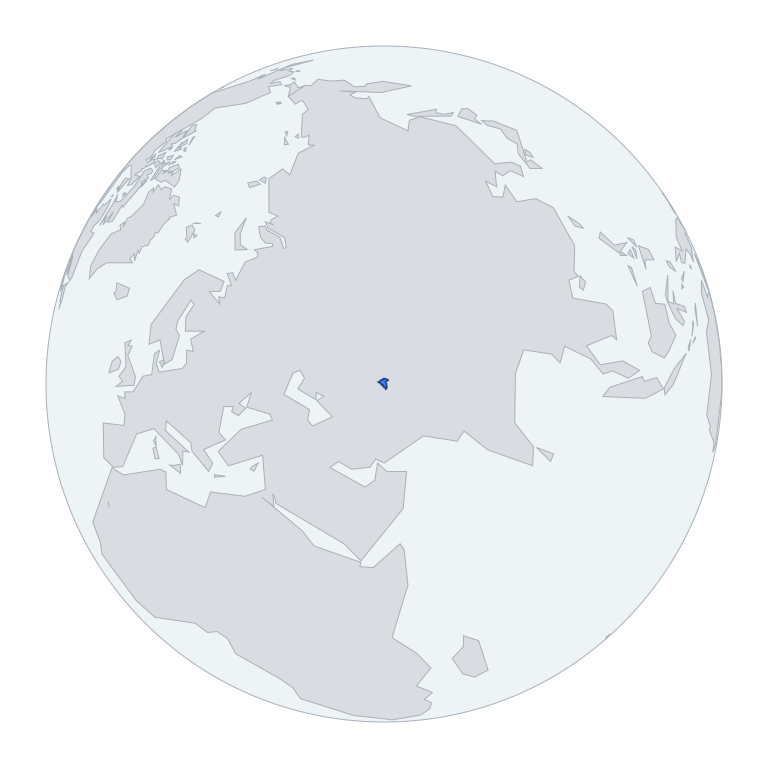 globe centered on Balkh, rotated 320°
{"feature_id": "AFG-1744", "entity_name": "Balkh", "entity_type": "Province", "adm_level": 1, "iso_a3": "AFG", "parent_name": "Afghanistan", "parent_adm1": "", "projection": "orthographic", "projection_center": [66.961, 36.526], "detail": "fine", "context": "on_globe", "style": "filled", "palette": "blue", "viewbox_px": 768, "rotation_deg": 320, "n_neighbors": 0, "source": "natural_earth", "source_scale": "10m", "svg_char_len": 12758}
<svg xmlns="http://www.w3.org/2000/svg" viewBox="0 0 768 768"><g transform="rotate(320 384 384)"><circle cx="384" cy="384" r="338" fill="#eef3f6" stroke="#a8b0b8"/><path d="M439.5,50.7L448.1,54.3L476.1,65.7L492.3,70.4L483.0,69.3L518.6,79.9L538.5,90.7L511.4,78.1L505.2,76.7L516.5,83.3L512.5,83.5L515.6,87.1L509.9,87.0L494.5,80.6L490.5,80.7L498.7,85.5L498.1,89.1L486.7,81.9L484.5,87.7L458.4,80.1L432.4,64.2L413.4,63.2L374.6,56.2L373.6,58.1L358.2,57.9L351.3,60.4L346.1,59.2L345.1,62.4L351.2,63.0L352.8,64.8L349.3,66.6L342.0,65.1L342.7,64.0L338.7,64.6L336.6,63.2L335.7,64.9L327.2,63.4L330.3,67.7L319.2,68.9L315.0,67.2L322.4,63.7L331.0,54.1L329.1,52.9L319.0,53.8L285.2,62.4L280.2,63.2L268.3,66.8L267.8,67.6L277.0,65.2L273.2,68.3L284.8,65.9L285.0,67.2L294.1,66.9L285.2,71.2L271.6,75.7L263.5,76.4L257.3,78.8L258.8,82.0L237.9,88.2L214.0,101.4L209.4,103.0L211.4,97.8L226.8,86.9L229.5,83.6L220.1,90.4L208.8,95.8L203.7,99.0L199.9,101.9L201.1,101.9L195.7,105.2L202.9,98.8L208.0,95.7L205.6,97.5L212.8,92.8L215.2,91.3L238.0,79.2L261.7,69.0L286.2,60.6L311.2,54.0L336.6,49.4L362.3,46.8L388.1,46.1L413.9,47.4L439.5,50.7ZM452.8,53.4L447.5,52.3L448.5,52.3L451.2,52.9L452.8,53.4ZM504.7,74.2L498.2,71.1L505.9,74.2L504.7,74.2ZM517.1,87.7L520.2,88.7L520.5,90.2L517.1,87.7ZM298.4,64.8L296.3,65.8L295.7,65.3L298.4,64.8ZM304.4,63.9L305.2,62.5L308.1,61.9L307.6,62.8L304.4,63.9ZM512.0,91.6L511.5,94.2L509.4,90.4L512.0,91.6ZM302.7,65.8L313.3,61.1L318.4,60.2L320.6,62.9L302.7,65.8ZM509.5,95.0L508.7,102.1L515.5,104.6L495.6,102.3L503.0,96.5L499.2,91.2L505.0,94.6L509.5,95.0ZM354.6,62.6L348.0,61.9L356.8,60.9L354.6,62.6ZM359.9,61.6L384.6,57.7L392.7,60.2L382.8,60.7L395.8,63.2L387.6,66.2L378.6,65.5L375.0,63.2L374.6,66.3L359.9,61.6ZM484.8,100.3L482.3,101.4L482.0,99.1L484.8,100.3ZM354.1,65.5L358.4,64.2L365.7,66.2L358.5,69.1L358.4,67.5L354.1,65.5ZM403.3,62.6L407.5,64.9L402.0,67.9L402.8,69.3L388.1,66.5L403.3,62.6ZM355.0,68.0L354.6,70.7L348.0,71.5L350.4,66.9L355.0,68.0ZM370.7,65.6L373.8,66.8L369.7,67.0L370.7,65.6ZM324.2,77.0L329.2,74.9L333.4,75.6L324.2,77.0ZM354.9,71.7L357.2,71.4L359.5,71.6L357.9,73.6L354.9,71.7ZM385.3,69.1L382.1,70.0L391.0,70.3L387.3,73.0L378.1,70.8L380.5,72.9L379.3,73.8L373.2,71.1L385.3,69.1ZM362.9,76.3L350.0,75.3L339.9,78.7L335.9,78.0L352.9,72.7L362.9,76.3ZM369.5,73.4L364.5,75.0L362.0,73.0L363.8,70.8L369.5,73.4ZM388.0,75.8L396.1,72.2L397.8,72.8L388.0,75.8ZM360.5,77.6L363.7,77.9L360.1,78.1L360.5,77.6ZM380.1,76.6L382.7,75.1L384.6,75.9L380.1,76.6ZM367.8,80.0L363.6,79.5L364.7,77.8L367.8,80.0ZM373.8,78.7L375.8,80.2L367.6,77.5L374.7,77.9L373.8,78.7ZM381.4,77.6L383.4,77.6L380.1,78.1L381.4,77.6ZM365.9,87.0L355.4,84.0L357.9,80.2L367.8,83.5L365.9,87.0ZM55.0,390.8L58.6,333.3L65.1,322.5L72.2,302.5L121.9,273.3L125.9,286.2L157.6,305.3L160.3,311.2L149.5,325.0L167.5,363.7L181.8,355.3L205.2,380.6L225.4,388.6L245.2,360.5L212.2,346.7L213.6,329.0L245.6,326.9L275.5,339.9L277.0,333.6L264.0,313.5L276.9,305.2L260.2,305.7L262.5,313.7L252.1,314.6L249.4,307.4L254.1,304.5L246.8,298.3L226.4,314.9L226.6,324.9L203.8,318.3L201.8,334.7L193.5,338.3L193.7,312.1L198.3,304.9L193.6,272.4L186.7,279.2L190.7,310.7L186.7,306.1L177.4,316.9L181.4,305.0L179.0,270.2L162.4,263.3L130.8,279.3L123.3,274.0L121.9,260.4L143.9,233.4L158.2,248.7L166.2,240.6L172.4,222.1L176.2,228.7L180.4,223.4L186.7,228.8L204.4,223.1L212.1,227.5L227.7,213.2L233.8,213.9L222.8,221.9L219.3,230.3L239.5,242.5L246.0,241.2L254.5,231.3L258.9,236.5L264.6,225.4L280.4,228.1L265.8,215.9L275.4,205.3L289.6,201.0L290.2,195.7L267.0,202.9L260.1,207.9L258.4,215.5L237.4,229.1L228.6,227.7L240.7,206.3L229.5,202.6L243.8,188.7L297.7,175.8L315.7,177.5L327.4,202.6L318.3,207.8L309.5,201.0L309.7,217.1L313.4,211.0L317.2,215.7L327.3,207.9L330.4,210.9L334.8,198.6L339.7,201.5L336.9,209.2L356.1,201.3L368.7,205.6L371.6,202.5L371.0,197.9L387.4,207.1L388.8,204.4L383.9,200.3L383.5,192.6L389.1,182.9L394.5,186.5L393.2,190.5L398.5,205.0L394.2,215.9L397.0,216.5L402.0,208.0L395.5,190.2L397.4,183.4L401.8,191.1L400.3,187.7L403.0,185.6L410.6,187.1L406.3,178.5L427.7,152.7L444.6,154.1L446.2,163.2L466.8,152.0L484.2,156.3L479.7,152.2L486.6,145.3L481.2,143.7L479.5,141.4L494.7,125.1L502.4,124.9L503.8,115.0L501.5,113.2L495.9,112.7L495.6,102.3L515.5,104.6L519.8,108.6L529.3,108.1L537.7,117.5L549.0,125.8L552.5,137.6L561.2,143.8L563.9,143.0L577.7,151.5L596.6,173.3L569.2,158.9L538.4,130.9L549.9,142.1L543.7,140.9L545.6,145.9L554.0,154.3L557.2,154.3L552.1,177.5L565.1,205.5L573.0,198.3L583.3,202.4L605.1,232.3L610.3,286.3L624.1,295.8L628.5,304.9L624.3,314.8L617.8,301.7L608.9,300.9L605.8,292.4L597.0,305.3L592.3,293.9L587.7,310.3L595.3,317.3L604.8,309.5L602.9,329.7L619.4,339.6L627.1,357.9L618.9,400.7L601.9,420.0L602.0,426.4L592.3,423.3L583.8,439.5L605.5,465.5L606.5,474.9L590.6,499.7L589.5,493.1L563.7,484.9L562.0,508.3L581.7,519.8L588.6,537.9L574.8,536.6L567.5,520.8L558.3,517.3L558.5,497.7L546.6,471.2L532.6,480.9L531.5,468.8L513.0,447.7L491.6,460.3L459.1,497.8L458.2,528.0L445.4,542.2L421.2,501.3L415.1,471.5L403.3,474.8L380.9,449.1L333.4,444.7L329.4,436.1L319.8,438.8L304.5,428.5L299.3,414.1L288.8,413.1L303.2,450.8L314.9,451.9L328.3,440.4L329.9,453.0L345.1,465.5L318.6,491.7L252.6,504.6L250.8,481.1L224.5,406.2L227.9,399.5L228.0,398.7L228.0,397.1L220.8,407.3L217.8,392.5L226.9,443.6L226.4,463.3L251.6,505.7L248.1,508.3L257.6,517.7L293.7,516.7L292.9,523.9L273.1,553.4L227.1,583.5L236.0,611.6L237.3,631.7L214.7,636.1L222.8,651.5L212.1,651.4L215.5,658.7L210.3,662.1L199.4,661.2L174.3,646.5L167.8,639.4L147.7,618.5L117.8,571.5L118.9,558.1L114.6,542.1L97.0,495.3L100.5,478.3L97.0,466.3L89.1,460.9L85.7,446.2L81.4,441.2L58.6,415.5L55.0,390.8ZM97.3,296.7L94.1,302.1L97.3,296.7ZM302.3,370.2L323.3,375.9L322.0,353.8L330.0,354.5L326.6,347.1L321.8,352.3L314.8,332.4L326.8,328.5L328.4,319.4L321.4,317.1L300.6,327.6L310.5,355.6L302.2,362.7L302.3,370.2ZM208.4,96.2L207.6,96.8L203.0,100.0L203.6,99.2L208.4,96.2ZM191.6,112.5L183.2,117.4L189.7,112.9L188.9,112.2L201.6,102.5L207.8,103.4L202.7,104.4L191.6,112.5ZM220.3,91.0L211.5,96.3L220.8,90.5L220.3,91.0ZM197.8,191.9L197.0,197.6L190.2,202.0L180.5,198.6L190.2,192.0L197.8,191.9ZM197.4,205.0L212.1,185.9L218.8,188.0L212.5,189.9L215.4,193.2L206.2,197.3L198.2,218.8L191.7,224.2L177.3,213.7L185.5,213.8L185.8,207.8L197.4,205.0ZM238.0,141.0L244.5,134.8L250.5,147.0L243.8,151.5L233.6,147.9L235.7,140.4L238.0,141.0ZM304.5,72.3L306.6,70.6L308.6,70.8L308.5,72.4L304.5,72.3ZM326.2,75.9L297.5,80.6L298.4,78.7L280.5,84.8L276.0,82.3L287.8,78.2L270.9,81.4L279.7,76.7L268.0,79.7L294.6,70.9L301.9,67.6L295.5,72.1L299.4,74.4L303.3,74.3L319.8,72.0L337.3,66.7L344.0,68.8L344.1,71.8L340.9,73.3L337.5,71.3L335.7,74.9L328.4,73.3L326.2,75.9ZM341.2,115.6L338.7,110.8L333.7,121.3L326.4,118.2L326.3,119.7L318.2,120.0L308.1,123.0L305.9,120.9L302.9,123.1L297.5,123.6L292.7,126.1L286.9,123.4L280.6,126.3L281.5,123.4L272.1,129.3L276.5,123.8L269.9,124.5L269.2,129.4L249.6,112.9L238.1,111.5L226.0,113.8L235.1,105.1L252.2,98.0L271.6,93.6L281.4,96.7L283.8,92.7L289.2,93.2L285.1,96.1L294.6,92.0L297.9,93.3L315.2,91.8L326.9,85.9L333.5,85.6L330.6,88.6L339.2,86.3L338.3,92.0L343.0,92.1L346.7,98.2L338.4,104.6L344.3,104.3L347.4,109.5L341.2,115.6ZM366.6,88.8L358.3,96.2L350.2,98.5L347.1,87.1L342.9,86.2L340.6,79.8L352.4,76.9L352.0,78.9L354.3,80.2L349.7,80.6L355.1,81.3L354.7,84.3L358.8,85.8L355.0,87.7L366.6,88.8ZM167.9,308.5L170.8,311.5L176.4,314.4L170.7,321.7L167.9,308.5ZM165.7,284.7L169.0,285.8L163.6,296.7L160.6,293.9L165.7,284.7ZM175.4,277.6L169.6,285.1L170.9,279.4L175.4,277.6ZM226.3,222.6L230.4,223.6L229.1,226.3L224.7,228.8L226.3,222.6ZM325.1,149.2L324.9,145.3L327.2,144.8L333.4,136.8L339.3,138.9L337.9,144.5L325.1,149.2ZM237.0,363.6L228.5,367.2L226.6,363.1L229.9,362.7L237.0,363.6ZM195.9,344.5L203.2,352.9L194.3,346.4L195.9,344.5ZM332.5,150.1L334.4,146.5L336.2,149.9L332.5,150.1ZM343.9,140.1L346.8,143.3L340.7,138.2L343.9,140.1ZM391.7,720.6L396.7,721.0L390.8,721.2L391.7,720.6ZM291.5,641.4L279.9,670.0L264.7,666.6L258.1,656.7L259.8,638.2L276.2,636.2L283.2,628.0L291.5,641.4ZM646.6,551.2L652.6,548.0L652.2,549.3L646.6,551.2ZM640.5,551.5L647.8,547.0L638.8,554.9L640.5,551.5ZM650.6,545.3L658.0,537.9L661.2,533.7L660.3,536.6L650.6,545.3ZM635.3,554.7L605.1,570.4L592.4,572.9L595.9,567.2L616.4,558.8L635.3,554.7ZM594.9,567.5L574.9,562.9L543.6,534.3L554.9,531.7L586.8,544.4L584.9,549.1L597.0,554.3L594.9,567.5ZM641.3,521.4L639.1,534.1L623.0,542.2L615.3,544.2L610.1,531.5L613.0,522.2L619.5,519.3L641.6,479.1L649.9,481.1L643.8,496.8L650.4,503.4L641.3,521.4ZM460.0,530.6L469.1,546.7L461.8,550.4L460.0,530.6ZM648.4,454.0L640.9,471.8L647.0,450.4L648.4,454.0ZM650.6,435.3L652.2,441.3L647.7,437.5L650.6,435.3ZM603.9,435.5L597.1,440.2L595.9,435.7L603.8,427.1L603.9,435.5ZM632.8,373.5L636.7,387.2L636.8,392.6L631.9,386.1L632.8,373.5ZM385.7,168.1L370.5,176.4L363.5,184.9L365.7,193.2L356.1,185.6L366.9,172.4L385.7,168.1ZM422.0,154.0L419.9,147.5L425.1,148.5L426.3,150.2L422.0,154.0ZM417.7,151.4L407.3,147.1L408.9,142.4L416.9,146.6L417.7,151.4ZM369.5,147.4L364.6,149.5L363.2,146.6L369.5,147.4ZM637.0,608.0L599.1,643.5L591.9,647.8L599.3,640.7L603.6,628.1L606.5,626.7L611.5,615.1L641.1,587.1L664.0,552.0L674.0,543.4L685.5,518.6L693.8,508.6L687.8,525.3L692.3,521.8L705.6,483.6L702.0,498.4L692.4,522.2L681.0,545.2L667.9,567.2L653.2,588.2L637.0,608.0ZM661.3,541.5L670.5,526.3L674.6,522.0L661.3,541.5ZM713.4,459.5L712.5,462.9L711.3,462.2L707.1,477.1L699.4,489.6L702.2,481.2L702.0,474.8L692.0,485.0L690.0,482.2L694.2,473.9L686.5,478.0L695.1,466.2L697.9,473.5L702.4,459.2L708.6,451.6L713.3,445.3L715.6,445.1L714.5,450.4L714.5,454.3L713.4,459.5ZM693.6,490.7L695.0,489.1L693.4,493.8L693.6,490.7ZM716.4,441.3L719.5,422.7L719.9,420.6L717.6,437.3L716.4,441.3ZM719.5,419.0L720.2,415.9L720.1,418.7L719.9,421.0L719.5,419.0ZM676.3,499.1L675.8,502.6L673.3,502.4L676.3,499.1ZM679.7,494.3L686.7,490.6L678.9,497.6L679.7,494.3ZM654.7,503.3L657.2,508.9L665.4,498.3L659.1,509.6L663.9,517.7L661.7,523.5L657.1,514.5L654.3,529.3L650.6,531.6L649.3,521.5L653.4,504.7L657.1,496.2L671.4,483.0L654.7,503.3ZM679.9,485.3L677.9,478.4L679.3,471.2L681.6,473.9L679.9,485.3ZM670.6,462.4L663.6,456.5L658.5,464.6L667.8,441.7L673.1,451.1L670.6,462.4ZM662.9,443.3L658.2,450.7L662.3,438.2L662.9,443.3ZM656.4,448.1L654.6,441.1L659.0,439.2L656.4,448.1ZM665.6,441.6L664.6,428.3L667.8,434.2L665.6,441.6ZM649.7,425.8L661.0,431.7L648.3,434.7L642.4,410.6L647.4,406.6L649.7,425.8ZM643.9,306.0L639.7,299.8L642.7,294.8L644.7,300.4L643.9,306.0ZM648.7,275.0L642.1,291.5L636.2,305.7L640.5,306.6L643.6,320.3L634.4,312.7L634.9,294.1L640.3,285.6L636.2,274.8L637.2,263.6L629.4,252.3L628.2,245.1L636.9,253.0L648.7,275.0ZM625.8,247.8L612.6,226.6L620.5,223.1L625.2,226.9L627.9,237.9L623.6,239.1L625.8,247.8ZM611.7,220.6L607.4,221.8L578.8,197.9L574.8,192.3L600.7,207.3L598.0,209.4L603.6,216.2L611.7,220.6ZM485.7,102.9L482.6,101.5L486.1,101.7L485.7,102.9ZM476.4,140.7L474.8,137.5L479.0,137.4L476.4,140.7ZM472.5,128.9L468.9,131.2L470.5,127.2L472.5,128.9ZM461.4,136.8L466.4,131.3L464.8,138.9L461.4,136.8Z" fill="#d9dde1" stroke="#a8b0b8" stroke-width="1"/><path d="M387.9,380.1L387.8,380.5L388.0,380.7L388.1,380.8L388.3,380.8L388.4,381.0L388.5,381.1L388.9,381.4L388.9,381.5L389.0,381.6L389.1,381.9L389.1,382.2L389.1,382.3L389.3,382.9L389.5,383.1L389.7,383.3L389.8,383.4L389.8,383.6L389.4,383.7L389.3,383.8L388.4,383.6L388.1,383.6L387.9,383.5L387.8,383.4L387.5,383.3L387.4,383.3L387.2,383.3L386.6,383.3L386.4,383.5L386.2,383.6L386.0,383.8L385.9,383.8L386.0,383.8L386.2,384.2L386.2,384.3L386.1,384.6L386.0,384.9L386.0,385.2L386.0,385.4L385.9,385.4L385.9,385.5L385.8,385.8L385.7,385.9L385.6,386.0L385.4,386.2L385.1,386.3L384.6,386.6L384.5,386.8L384.6,387.0L384.8,387.2L384.8,387.3L384.8,387.5L384.7,387.5L384.5,387.8L384.4,387.9L384.2,388.2L383.9,388.3L383.8,388.5L383.7,388.6L383.7,388.8L383.4,388.9L383.3,389.0L383.2,389.0L382.7,389.1L382.6,388.9L381.9,389.0L381.9,388.7L382.0,388.6L382.2,388.4L382.4,388.0L382.4,387.9L382.4,387.7L382.3,387.1L382.2,387.0L382.2,386.9L382.3,386.8L382.3,386.7L382.3,386.4L382.3,386.2L382.2,386.1L381.8,385.9L381.6,385.8L381.6,385.7L381.9,385.4L382.0,385.2L382.1,384.9L382.1,384.7L382.3,384.5L382.3,384.4L382.5,384.3L382.5,384.2L382.7,383.9L382.5,383.7L381.9,383.6L381.7,383.4L381.6,382.9L381.4,382.7L381.5,382.6L381.8,382.6L382.0,382.5L382.1,382.4L382.1,382.2L382.0,381.9L381.9,381.7L381.7,381.5L381.7,381.4L381.7,381.1L381.8,380.7L381.8,380.4L381.6,380.2L381.5,379.9L381.4,379.8L381.4,379.7L381.2,379.6L380.8,379.5L380.7,379.4L380.7,379.1L380.8,379.2L381.0,379.3L381.3,379.2L381.5,379.2L381.6,379.3L381.8,379.2L382.0,379.0L382.3,379.0L382.6,379.2L382.8,379.2L383.6,379.0L384.0,378.9L384.3,379.0L384.5,379.1L384.7,379.5L384.8,379.5L385.1,379.7L385.2,379.8L385.2,380.0L385.3,380.1L385.5,380.1L385.8,379.9L386.0,379.9L386.4,379.6L386.5,379.5L386.7,379.8L386.8,379.9L387.0,379.7L387.3,379.8L387.6,379.8L387.8,379.9L387.8,380.0L387.9,380.1Z" fill="#3b82f6" stroke="#1e3a8a" stroke-width="1.5"/></g></svg>